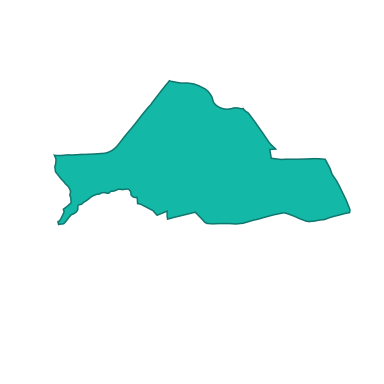 San Juan Huactzinco, Tlaxcala, Mexico (Albers equal-area conic projection), rotated 231°
{"feature_id": "50627088B94791991588668", "entity_name": "San Juan Huactzinco", "entity_type": "district", "adm_level": 2, "iso_a3": "MEX", "parent_name": "Mexico", "parent_adm1": "Tlaxcala", "projection": "albers", "projection_center": [-98.251, 19.238], "detail": "fine", "context": "isolated", "style": "filled", "palette": "teal", "viewbox_px": 384, "rotation_deg": 231, "n_neighbors": 0, "source": "geoboundaries", "source_scale": "gbopen_adm2", "svg_char_len": 4262}
<svg xmlns="http://www.w3.org/2000/svg" viewBox="0 0 384 384"><g transform="rotate(231 192 192)"><path d="M248.3,74.4L248.8,76.8L249.4,79.2L249.9,81.4L250.3,84.0L249.5,86.1L249.3,89.3L249.9,91.6L250.5,92.5L252.5,94.1L253.0,94.6L253.4,95.3L253.0,96.4L252.4,97.6L252.0,98.5L252.0,99.4L252.2,101.3L251.8,103.8L251.6,107.3L251.7,109.4L251.6,110.9L251.3,112.5L251.1,113.7L250.5,115.3L250.0,116.9L249.3,117.7L248.5,119.3L248.4,120.0L248.4,121.0L247.9,121.8L246.7,123.5L244.2,125.5L243.5,126.5L243.4,127.5L243.7,128.6L243.5,129.4L243.3,129.9L242.0,131.6L241.7,132.5L241.1,134.1L240.8,135.6L240.2,137.0L239.5,137.8L238.3,138.7L237.6,139.5L237.1,140.4L236.9,140.6L235.8,142.4L235.0,143.6L234.5,144.1L234.0,144.4L233.2,144.6L231.7,144.6L230.8,144.5L230.2,144.2L229.5,143.8L228.7,143.2L228.3,142.9L227.8,142.8L227.0,142.8L225.8,143.0L224.6,143.5L223.9,144.0L223.4,144.4L223.1,144.9L222.7,145.8L221.0,145.1L217.2,142.4L215.1,144.3L202.0,150.0L200.2,150.0L195.9,150.2L192.8,160.6L188.9,157.5L186.3,155.9L183.7,161.8L174.2,181.9L173.2,181.8L170.5,182.2L168.6,182.3L167.3,182.5L162.3,182.8L160.6,182.8L158.2,183.8L156.3,185.8L154.9,187.3L154.3,187.9L153.2,189.4L151.3,192.0L148.3,195.8L144.0,201.1L142.0,203.3L139.9,205.5L138.5,207.5L136.6,210.5L135.6,211.9L134.6,214.4L133.9,215.9L132.7,219.0L131.3,222.3L130.0,224.8L128.4,228.3L127.4,230.8L125.4,235.3L123.7,239.3L122.1,242.6L118.1,250.2L116.2,251.8L111.9,254.4L108.3,256.5L103.6,258.8L99.9,261.0L97.7,262.2L96.4,263.4L95.3,264.2L94.5,265.8L93.2,267.5L91.9,269.6L91.0,271.4L89.7,273.8L88.5,275.6L87.5,277.1L86.7,279.0L85.9,281.8L83.7,287.1L81.7,291.3L80.2,294.7L78.7,298.0L76.8,301.5L78.8,303.6L88.6,306.7L100.3,309.4L104.5,310.4L110.2,311.4L117.6,312.0L123.4,314.1L133.6,316.1L137.5,312.1L139.4,309.9L140.8,308.2L141.2,307.7L146.5,300.6L151.1,294.6L154.2,290.8L159.0,284.8L159.6,283.8L161.0,282.1L161.8,281.1L164.4,278.6L168.4,274.8L168.6,275.0L176.1,279.2L172.9,283.8L172.7,284.1L173.1,284.1L174.6,283.8L177.1,283.5L179.7,283.2L182.1,283.1L184.2,283.3L188.7,283.7L192.2,284.0L196.1,284.3L196.5,284.3L199.5,284.5L201.5,284.6L205.0,284.9L211.0,285.2L213.4,285.3L214.2,285.3L215.7,285.4L217.9,285.4L218.6,285.3L221.1,284.4L221.6,284.3L222.1,284.4L222.4,284.4L223.0,284.2L223.7,284.2L224.6,284.4L225.5,282.9L226.6,281.9L228.5,280.5L229.6,279.2L230.4,278.3L231.2,277.0L231.6,276.1L231.7,275.6L233.6,272.3L234.8,270.7L237.1,268.6L239.5,267.1L241.6,266.1L244.0,265.4L245.6,265.2L247.3,265.1L248.1,265.2L249.3,265.6L250.5,266.1L251.4,266.5L252.5,267.0L255.0,267.6L257.7,267.8L259.9,267.8L262.3,267.4L263.7,267.1L266.9,265.7L268.9,264.8L270.4,264.1L271.9,263.2L274.9,261.4L279.8,256.8L283.4,252.2L287.3,248.7L288.6,247.7L289.7,246.7L291.4,245.2L292.7,244.5L292.6,243.9L292.4,243.1L292.2,242.5L291.9,240.9L291.5,238.6L290.7,235.1L290.0,231.7L289.4,229.5L288.1,223.9L286.9,218.9L286.5,217.0L285.9,215.5L285.7,214.4L285.6,213.6L285.5,212.8L285.5,212.4L285.3,211.7L285.3,211.0L285.2,210.6L284.6,207.7L283.6,202.7L282.8,199.2L281.1,192.0L280.4,189.0L280.2,187.7L279.7,185.6L279.4,184.0L279.0,181.9L278.5,179.2L277.6,174.6L275.7,166.7L275.5,165.8L275.0,163.3L274.7,161.9L274.6,159.9L274.6,159.6L274.5,157.8L274.6,156.8L274.6,156.1L275.0,154.4L275.1,153.6L275.3,152.9L275.5,152.2L275.8,151.5L276.2,150.3L276.8,149.0L277.2,148.3L278.8,146.0L279.6,144.9L282.1,141.3L284.2,138.4L289.4,131.4L290.5,130.2L291.1,129.3L293.4,126.0L294.5,124.5L295.4,123.2L296.2,122.1L296.7,121.4L297.3,120.9L297.9,120.2L298.9,119.0L299.7,117.8L300.4,116.9L301.3,115.4L302.1,114.2L303.3,112.5L303.9,111.8L305.1,110.3L306.1,109.2L307.2,108.2L304.7,107.5L304.2,107.4L303.5,107.1L302.7,106.6L302.2,106.2L300.0,104.1L299.0,102.9L298.6,102.0L298.0,101.4L297.2,100.8L295.3,99.7L294.3,99.0L293.6,98.7L293.0,98.6L292.4,98.6L290.2,98.6L286.2,98.5L284.1,98.5L282.0,98.8L280.6,98.8L277.7,98.8L274.2,99.3L273.1,99.2L269.7,98.4L269.0,98.0L268.4,97.5L267.8,96.8L267.3,96.2L266.9,95.5L266.4,95.1L265.6,94.7L264.9,94.5L263.9,94.3L262.6,93.3L260.5,91.9L259.9,91.2L259.6,90.7L259.6,88.8L259.4,86.6L259.4,85.2L259.6,81.4L259.4,81.0L258.6,80.8L258.1,80.6L257.4,80.4L256.7,79.5L255.2,76.5L254.5,74.8L253.8,73.5L252.9,70.8L253.1,69.9L253.4,69.3L253.1,69.0L251.3,68.1L250.6,67.9L249.9,69.5L248.6,71.3L248.1,72.4L248.3,74.4Z" fill="#14b8a6" stroke="#0f766e" stroke-width="1.5"/></g></svg>